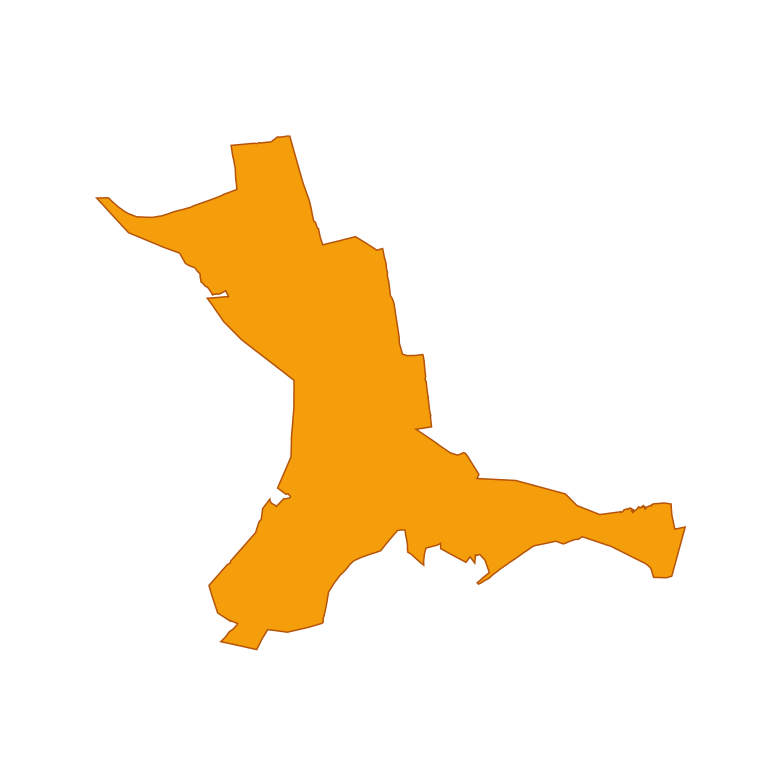 Pantepec, Chiapas, Mexico, rotated 341°
{"feature_id": "50627088B73304631692388", "entity_name": "Pantepec", "entity_type": "district", "adm_level": 2, "iso_a3": "MEX", "parent_name": "Mexico", "parent_adm1": "Chiapas", "projection": "orthographic", "projection_center": [-93.053, 17.195], "detail": "fine", "context": "isolated", "style": "filled", "palette": "amber", "viewbox_px": 768, "rotation_deg": 341, "n_neighbors": 0, "source": "geoboundaries", "source_scale": "gbopen_adm2", "svg_char_len": 5763}
<svg xmlns="http://www.w3.org/2000/svg" viewBox="0 0 768 768"><g transform="rotate(341 384 384)"><path d="M152.9,517.5L152.4,528.4L152.2,546.4L161.0,557.6L161.0,557.1L167.6,562.9L166.7,563.8L166.0,564.2L165.6,564.4L163.4,565.6L163.0,565.9L160.1,567.1L159.5,567.3L158.7,567.5L157.9,567.6L156.2,568.4L152.3,571.3L145.8,574.5L163.4,585.2L177.2,593.7L186.0,585.0L190.4,581.5L193.3,579.0L194.0,578.4L200.1,581.3L211.8,587.2L223.1,588.4L233.4,589.5L247.6,590.1L248.1,589.8L249.1,589.1L250.1,585.9L252.0,583.5L254.6,579.1L256.1,576.8L259.2,571.2L259.4,570.9L260.2,569.4L260.8,568.2L262.1,565.9L263.9,562.6L272.0,556.0L275.1,554.0L275.7,553.6L278.0,552.0L280.6,550.3L283.5,549.1L284.7,548.4L286.3,547.7L288.9,546.2L290.2,545.5L292.7,543.6L297.4,541.5L297.5,541.4L299.0,541.2L304.2,540.7L307.0,540.5L311.2,540.5L317.4,540.4L319.6,540.6L323.6,540.6L326.6,540.6L334.7,535.4L336.8,534.2L338.2,533.3L339.3,532.6L349.1,526.9L349.4,526.9L354.1,528.0L354.8,528.3L355.7,528.7L356.4,528.9L355.4,533.4L355.2,534.8L354.7,539.4L353.5,544.8L353.1,545.7L352.1,548.9L352.2,549.2L351.8,551.0L353.8,552.9L355.9,556.8L360.1,564.4L362.6,568.2L363.8,564.3L367.0,557.7L370.3,552.8L381.9,553.7L385.6,553.1L384.0,558.1L394.6,569.8L403.5,579.3L409.2,575.4L411.5,582.9L414.9,575.4L415.9,576.3L419.1,576.4L421.1,581.2L422.0,582.8L422.2,585.9L422.2,589.8L422.2,596.6L418.6,597.9L416.1,598.8L414.5,599.3L410.4,601.2L407.4,602.3L408.2,604.0L411.1,603.7L413.8,603.0L416.6,602.4L419.5,602.0L422.0,601.1L422.1,600.9L424.3,600.0L429.1,598.4L433.3,596.9L441.2,594.7L443.6,593.9L450.6,592.1L462.1,588.7L466.2,587.7L471.9,586.0L474.8,586.0L481.2,586.9L488.6,587.8L489.6,587.9L492.1,588.2L493.5,588.4L495.3,588.6L497.6,590.4L500.8,593.1L501.5,593.6L502.0,593.6L503.7,593.6L506.1,593.4L507.4,593.3L508.6,593.2L509.0,593.2L513.9,593.2L517.3,594.1L518.9,593.7L521.7,592.9L543.2,609.5L545.0,610.6L557.4,623.2L558.5,624.3L562.2,628.2L569.9,636.0L572.5,638.6L574.4,641.3L576.3,645.2L575.9,654.6L587.9,659.1L593.5,659.4L622.2,617.3L611.7,615.9L613.5,601.6L615.4,594.4L616.4,590.9L615.9,590.7L611.5,588.4L610.0,587.7L599.4,585.0L598.0,585.4L597.2,586.2L596.4,585.5L595.9,585.9L595.2,585.7L592.9,585.9L592.6,586.0L591.1,586.1L591.1,586.8L590.6,587.0L590.3,587.3L590.0,586.6L590.3,586.3L590.5,585.6L590.2,585.8L590.0,584.5L589.1,584.5L589.8,583.7L589.8,583.4L589.0,583.5L588.7,583.7L585.8,584.7L585.8,583.8L584.9,583.1L584.0,583.3L583.9,583.9L582.5,584.6L578.9,585.7L577.3,586.6L577.2,586.5L577.5,586.0L578.3,585.1L578.9,584.0L578.7,583.9L577.1,584.7L576.8,584.6L576.9,584.4L577.0,583.9L577.7,582.8L576.3,581.3L575.9,581.4L574.8,581.7L574.5,581.9L573.9,581.3L570.8,581.2L569.7,581.2L569.5,581.3L568.7,582.1L568.3,582.2L566.4,582.8L566.2,581.7L565.3,581.7L545.5,577.7L526.9,561.8L519.7,547.0L477.1,518.1L441.1,503.6L444.3,500.4L441.0,486.2L439.6,479.8L438.6,476.4L437.0,474.8L431.3,475.3L430.4,475.0L430.1,475.0L424.2,470.6L418.7,463.2L415.3,458.6L415.1,458.0L407.6,447.9L405.3,444.9L399.5,437.2L405.5,438.3L415.0,440.0L415.7,437.0L416.3,434.2L416.9,431.5L417.0,430.9L417.1,430.3L417.7,429.5L417.9,429.4L418.3,424.7L420.3,415.7L421.2,411.4L421.5,411.3L421.6,410.9L421.6,409.7L422.3,406.2L422.9,403.3L423.4,400.8L423.6,400.0L424.7,395.3L424.3,392.7L425.8,390.5L426.3,388.2L426.8,385.9L427.5,382.9L429.5,374.8L429.9,372.2L430.0,372.1L430.3,368.8L428.5,368.4L428.1,368.3L424.2,367.5L421.9,366.9L415.4,364.8L411.2,361.9L411.8,350.3L412.8,347.2L413.6,344.5L415.5,334.2L415.5,333.9L416.7,327.6L417.2,324.6L417.2,324.4L419.0,315.0L419.4,312.8L419.7,310.9L419.6,305.6L418.8,302.8L421.8,288.8L422.3,283.2L423.7,279.2L423.7,276.7L425.2,270.8L425.5,265.2L426.8,255.5L420.8,255.1L412.8,244.9L405.0,235.4L386.7,233.9L371.4,232.4L371.5,224.3L372.6,215.8L371.8,214.6L371.7,212.5L371.9,208.8L370.7,207.5L370.7,206.3L371.1,202.2L372.3,194.4L373.1,186.2L372.9,167.4L374.0,146.7L375.6,119.0L374.8,118.7L373.0,118.0L371.3,117.8L365.9,116.7L363.8,115.7L356.1,118.3L349.4,116.7L346.6,116.1L344.1,115.2L342.1,115.3L341.5,115.1L340.4,114.5L339.1,114.0L317.1,108.6L315.1,119.9L314.9,122.9L314.3,126.3L313.7,131.0L310.4,142.4L309.4,147.8L308.5,150.8L308.3,152.2L294.2,152.5L292.6,152.9L281.6,153.4L273.1,153.5L267.7,153.5L261.1,153.6L258.7,154.0L256.9,153.8L248.8,153.4L247.8,153.2L240.7,152.7L233.5,152.9L232.4,152.7L228.3,152.7L226.7,152.3L219.5,151.1L211.8,148.3L207.8,146.6L205.0,145.7L204.9,145.7L197.6,139.5L194.2,135.6L192.9,133.5L190.0,129.6L189.9,129.5L189.5,128.4L187.1,124.2L186.2,122.5L186.1,122.4L184.4,118.7L183.4,118.0L172.8,114.6L177.2,124.5L182.2,136.2L186.1,145.0L188.4,150.2L191.7,157.7L195.7,161.3L202.9,167.7L214.2,177.7L220.4,183.2L228.3,189.6L233.4,193.8L235.5,205.4L238.7,209.0L243.2,212.7L244.2,216.5L245.9,220.0L244.8,223.9L244.7,226.0L244.2,227.7L245.3,229.5L246.2,231.5L246.9,233.4L248.6,235.0L249.4,237.2L250.5,241.3L250.9,244.0L252.6,243.8L253.9,244.3L255.2,244.5L256.6,245.0L257.6,245.3L258.4,245.3L259.4,245.2L260.5,245.0L262.0,244.8L264.7,244.3L265.5,250.7L264.9,250.9L264.3,250.4L259.3,249.1L255.5,248.2L244.8,245.4L247.2,253.0L249.4,260.9L252.8,273.1L255.4,278.4L259.1,286.1L263.9,296.0L267.0,300.8L270.2,305.6L273.5,310.7L276.5,315.2L279.7,320.0L282.8,324.8L286.0,329.6L289.0,334.3L292.4,339.3L295.4,344.0L300.1,351.2L298.1,357.1L295.0,365.9L290.9,377.6L287.3,385.6L285.0,391.0L281.4,399.1L279.0,404.5L277.8,408.1L275.7,413.7L272.3,422.7L263.1,432.8L249.5,447.7L255.0,455.7L255.7,456.6L257.5,456.4L258.6,459.2L258.8,459.3L258.9,460.2L257.7,461.1L257.1,461.1L256.4,460.8L252.9,460.4L251.9,459.8L242.3,464.8L242.0,463.6L238.9,460.3L238.6,459.5L238.2,457.7L238.6,455.7L228.7,462.3L223.8,472.2L222.6,472.6L220.8,473.9L218.5,477.0L217.3,478.5L214.0,483.0L208.5,485.9L202.0,489.7L195.3,493.5L181.3,501.5L180.2,503.3L177.0,503.8L168.0,508.9L152.9,517.5Z" fill="#f59e0b" stroke="#b45309" stroke-width="1.5"/></g></svg>